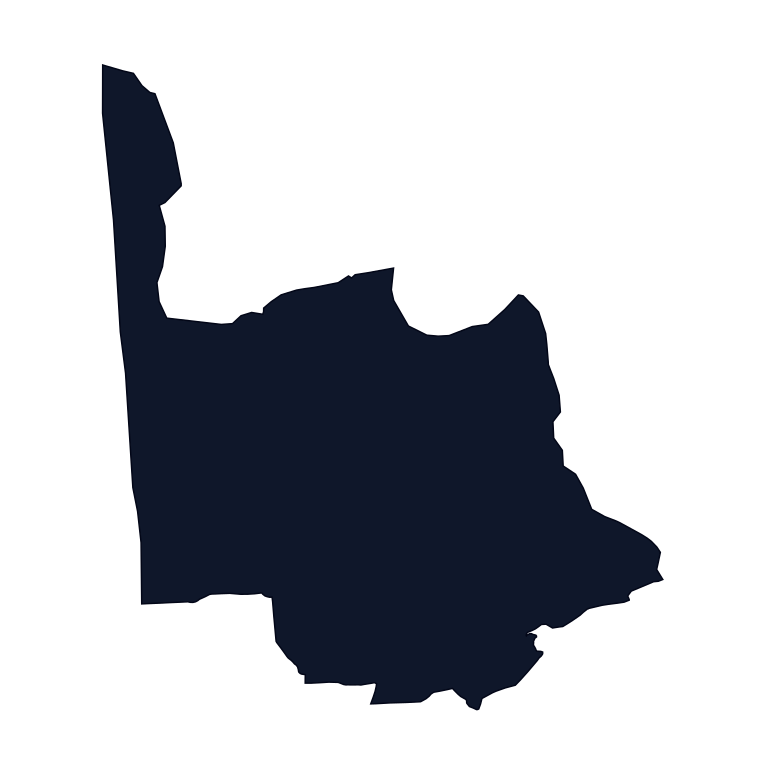 Ojo, Lagos, Nigeria (Equal Earth projection), rotated 88°
{"feature_id": "59680162B67711641000031", "entity_name": "Ojo", "entity_type": "district", "adm_level": 2, "iso_a3": "NGA", "parent_name": "Nigeria", "parent_adm1": "Lagos", "projection": "equal_earth", "projection_center": [3.188, 6.464], "detail": "fine", "context": "isolated", "style": "filled", "palette": "ink", "viewbox_px": 768, "rotation_deg": 88, "n_neighbors": 0, "source": "geoboundaries", "source_scale": "gbopen_adm2", "svg_char_len": 3272}
<svg xmlns="http://www.w3.org/2000/svg" viewBox="0 0 768 768"><g transform="rotate(88 384 384)"><path d="M300.8,241.8L299.7,246.6L313.8,260.7L328.0,277.8L329.7,293.8L337.9,317.2L338.1,328.1L336.7,339.5L326.9,357.6L300.9,371.4L290.1,373.4L268.5,370.4L272.3,396.5L273.8,409.0L276.9,412.7L274.8,415.7L281.2,426.3L285.1,450.5L286.0,459.7L287.1,468.1L291.3,483.6L297.8,493.8L303.9,501.6L307.5,501.8L310.1,502.7L307.9,513.8L310.8,524.5L318.4,533.3L318.8,544.5L314.1,575.7L310.6,598.8L293.8,605.9L274.7,607.4L259.0,601.3L238.7,597.8L218.7,597.4L197.6,602.4L195.0,596.6L178.9,579.8L176.7,579.7L135.6,586.2L85.9,602.8L84.5,607.8L77.4,615.5L64.8,623.6L61.9,634.3L55.4,654.0L103.6,655.8L210.7,648.6L322.8,645.7L364.2,641.9L478.8,638.6L502.7,634.7L534.1,632.3L595.3,633.8L595.2,626.6L595.1,612.9L595.0,608.0L594.9,596.5L594.8,587.8L594.8,587.6L595.1,586.5L595.4,585.3L595.6,582.6L595.1,580.0L594.0,577.7L592.7,576.0L591.4,572.8L590.2,569.9L588.2,565.7L587.9,563.6L587.9,560.0L587.8,554.0L587.8,545.5L588.4,540.5L589.1,534.6L589.3,528.0L589.1,520.6L588.5,513.5L589.8,512.5L591.6,510.4L592.5,508.1L593.1,505.8L593.1,503.3L597.7,502.9L612.5,502.2L624.9,501.5L632.1,501.1L637.4,500.8L638.6,500.2L644.3,496.2L649.2,492.9L652.9,490.5L654.6,489.2L656.9,486.4L658.7,484.7L660.6,483.2L661.8,481.6L663.6,480.3L666.3,479.6L668.2,479.4L669.1,479.1L670.4,477.8L671.0,476.5L671.7,473.0L671.7,472.8L675.4,473.0L680.2,473.2L680.4,467.9L680.3,460.7L680.2,455.9L680.0,449.6L680.6,440.0L680.7,439.9L681.9,437.1L682.9,434.8L683.4,432.4L683.3,431.5L683.6,425.8L683.7,420.2L684.0,417.6L683.5,414.3L682.7,407.7L682.3,405.0L682.2,404.7L682.2,403.9L682.3,403.7L683.2,401.9L685.9,402.3L690.9,403.6L696.6,405.7L703.2,408.4L703.2,408.2L703.2,403.0L702.9,389.4L703.0,373.5L702.9,364.3L702.8,358.5L700.0,353.0L697.6,349.8L695.5,347.9L694.1,345.7L693.7,344.7L692.9,339.0L691.6,331.4L690.6,326.2L690.8,326.0L692.7,324.4L696.6,320.8L699.0,318.2L701.2,314.6L702.0,313.3L703.2,312.5L705.3,312.5L706.1,312.3L709.3,309.9L711.0,306.0L712.6,302.9L712.6,302.5L712.6,301.8L712.0,300.6L711.1,300.3L707.2,298.7L701.7,297.1L696.3,286.3L694.9,282.8L691.9,273.3L689.6,263.3L684.5,258.0L676.8,250.6L673.3,247.4L665.6,240.4L663.3,238.7L661.5,236.5L659.7,235.1L658.8,234.8L657.4,234.8L656.8,236.4L656.7,236.5L656.4,239.8L656.4,240.4L655.6,241.2L653.8,241.8L651.2,243.1L650.6,243.7L649.3,243.7L647.6,243.5L646.4,243.6L644.3,242.5L643.6,242.4L642.1,240.4L641.2,240.4L640.3,241.0L639.9,242.4L639.5,243.9L638.7,245.2L638.5,246.9L639.7,249.2L640.7,250.5L640.1,250.7L638.1,250.1L637.0,248.7L635.5,244.6L634.0,241.3L632.0,238.2L629.8,235.1L629.7,230.4L633.7,224.1L632.9,217.4L632.6,213.8L630.0,209.2L626.8,203.8L622.5,197.1L621.8,196.0L619.1,192.9L615.6,188.1L615.8,187.8L615.4,187.1L614.5,182.6L612.7,173.6L612.0,167.7L611.1,157.9L610.4,151.7L608.6,146.5L607.8,146.5L604.5,147.8L604.0,147.6L599.6,144.1L591.0,121.5L590.7,116.7L589.1,112.2L578.9,118.0L573.2,116.5L561.9,113.7L556.5,117.0L550.6,122.3L547.3,126.3L543.7,131.6L530.9,153.1L529.2,156.4L524.2,168.1L516.5,180.8L495.0,188.5L480.9,195.7L472.2,207.8L456.5,208.1L444.9,215.7L444.0,216.3L427.6,216.5L418.1,208.7L401.3,209.4L384.4,214.2L375.6,217.3L370.3,219.1L367.9,219.1L350.6,219.9L339.2,220.7L317.5,227.0L300.8,241.8Z" fill="#0f172a" stroke="#020617" stroke-width="1.5"/></g></svg>